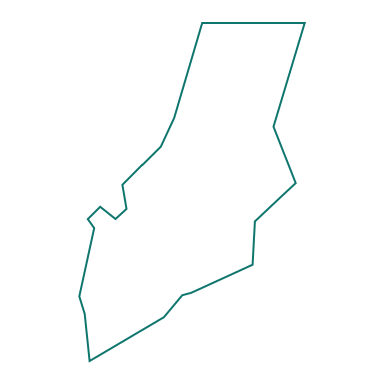 Henganofi District, Eastern Highlands, Papua New Guinea
{"feature_id": "67681753B63993411977108", "entity_name": "Henganofi District", "entity_type": "district", "adm_level": 2, "iso_a3": "PNG", "parent_name": "Papua New Guinea", "parent_adm1": "Eastern Highlands", "projection": "natural_earth1", "projection_center": [145.631, -6.207], "detail": "fine", "context": "isolated", "style": "outline", "palette": "teal", "viewbox_px": 384, "rotation_deg": 0, "n_neighbors": 0, "source": "geoboundaries", "source_scale": "gbopen_adm2", "svg_char_len": 432}
<svg xmlns="http://www.w3.org/2000/svg" viewBox="0 0 384 384"><path d="M163.9,317.2L182.3,295.2L191.0,292.9L252.6,264.7L254.9,221.4L279.4,198.3L295.7,183.1L289.4,167.0L283.6,152.4L273.5,126.7L304.7,23.0L202.2,23.0L174.2,117.9L160.8,146.7L142.4,165.0L142.1,164.9L122.4,184.8L126.5,208.9L115.5,219.0L100.2,206.8L87.8,219.1L94.2,228.1L79.3,296.4L84.7,313.9L89.6,361.0L163.9,317.2Z" fill="none" stroke="#0f766e" stroke-width="2"/></svg>